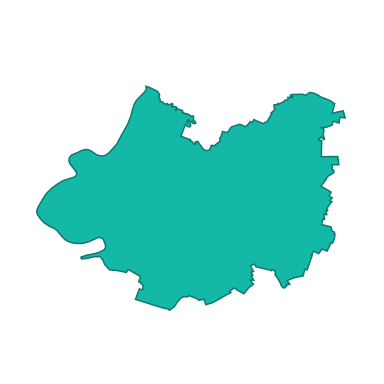 the district of Bac Ninh, Bắc Ninh, Vietnam, rotated 281°
{"feature_id": "81297802B63234506717185", "entity_name": "Bac Ninh", "entity_type": "district", "adm_level": 2, "iso_a3": "VNM", "parent_name": "Vietnam", "parent_adm1": "Bắc Ninh", "projection": "equal_earth", "projection_center": [106.088, 21.175], "detail": "fine", "context": "isolated", "style": "filled", "palette": "teal", "viewbox_px": 384, "rotation_deg": 281, "n_neighbors": 0, "source": "geoboundaries", "source_scale": "gbopen_adm2", "svg_char_len": 6013}
<svg xmlns="http://www.w3.org/2000/svg" viewBox="0 0 384 384"><g transform="rotate(281 192 192)"><path d="M286.9,126.6L284.7,127.6L281.6,126.6L271.4,120.0L267.2,118.6L260.9,117.8L254.9,117.5L246.8,116.0L243.3,114.9L233.3,111.6L225.0,109.2L220.3,106.5L214.9,103.2L211.6,100.1L210.6,98.4L210.1,96.1L210.0,95.4L210.3,91.2L211.3,89.1L213.0,85.2L213.7,82.2L213.5,79.7L211.9,76.1L208.7,71.8L205.2,66.6L202.1,65.0L199.4,65.1L196.5,66.7L192.0,71.8L189.6,74.4L187.7,75.5L186.3,75.2L184.6,74.2L182.3,70.2L178.8,63.7L174.1,58.3L169.0,53.7L162.7,49.3L157.3,47.1L149.6,44.4L145.5,43.3L142.4,43.4L139.7,45.2L136.8,48.3L133.7,52.5L131.1,58.7L129.9,63.9L128.3,67.1L125.9,69.9L123.3,73.1L121.1,76.3L119.9,79.8L119.4,82.8L119.3,87.0L119.9,91.0L120.7,94.6L124.0,101.0L128.8,107.6L129.8,109.9L129.7,112.0L128.6,113.9L126.3,115.4L122.7,117.5L120.5,117.6L118.7,116.8L117.1,115.2L115.0,112.2L112.8,107.9L109.8,100.5L106.9,95.4L105.2,96.3L106.9,101.8L107.6,103.6L109.7,108.0L110.1,109.7L110.3,111.4L111.3,113.9L108.1,117.6L107.0,118.3L104.1,120.2L101.7,123.4L99.9,126.0L100.7,134.4L100.5,142.9L103.8,144.1L99.2,157.6L93.7,156.8L93.3,159.3L92.2,159.3L91.8,161.3L89.0,162.2L86.5,161.9L86.8,158.8L75.8,157.0L73.4,178.4L72.5,187.3L72.5,187.9L72.7,189.0L72.7,189.8L71.7,192.5L71.9,192.7L73.8,194.4L75.9,196.5L78.5,197.6L80.5,198.3L84.1,200.3L86.1,201.7L87.1,203.0L87.8,204.5L88.2,207.3L88.5,208.1L89.7,208.7L88.4,216.1L87.9,218.1L87.0,219.3L89.0,224.1L84.0,227.2L85.7,230.3L86.4,231.4L86.5,232.0L87.0,232.8L87.7,233.8L94.5,242.0L94.7,241.9L95.0,242.1L95.8,243.3L100.7,249.3L101.7,247.9L102.7,248.8L104.3,250.2L104.6,250.4L104.8,250.5L106.0,252.3L104.6,254.3L102.0,262.4L109.2,266.1L112.5,269.4L113.1,269.9L115.2,267.3L116.6,266.0L116.6,266.5L117.2,269.4L120.9,266.3L121.7,267.6L123.6,266.1L124.4,265.2L125.8,267.6L130.7,263.3L133.2,267.3L130.7,269.1L130.8,269.5L130.2,284.1L129.9,284.9L131.0,286.0L131.2,286.3L131.2,287.0L131.0,287.6L130.3,288.3L129.7,288.4L129.2,289.2L128.4,289.4L127.6,289.4L126.5,289.6L126.0,289.6L125.7,290.5L124.5,291.7L119.2,296.4L119.0,296.5L116.8,297.7L115.3,299.8L115.7,301.3L118.1,303.0L118.9,302.4L119.5,303.3L120.0,305.6L123.3,302.3L127.4,308.8L130.8,316.8L130.9,317.1L137.7,317.5L137.5,319.9L144.7,320.9L153.0,322.1L153.1,321.4L157.1,322.7L155.6,328.1L160.8,330.5L159.8,335.9L168.8,338.3L168.7,339.8L173.4,340.7L178.0,340.3L178.0,339.8L179.8,339.5L179.8,339.0L180.2,338.0L181.0,336.5L181.7,336.2L183.0,335.8L183.9,335.4L184.0,335.2L184.3,335.1L184.7,325.6L185.0,325.5L190.4,325.6L190.3,326.3L190.4,327.4L195.3,325.5L195.3,328.4L195.7,328.7L197.3,327.7L197.5,327.6L199.3,327.7L199.4,328.6L200.1,328.7L200.5,327.2L205.7,329.2L209.2,331.2L209.8,328.9L213.0,330.7L214.2,327.5L214.7,327.4L218.4,328.6L222.3,317.5L230.1,321.3L231.5,321.6L232.2,321.7L233.4,322.7L234.1,322.8L234.6,323.8L235.1,324.4L238.1,327.5L238.4,327.6L240.4,327.0L240.2,325.7L240.5,325.4L243.7,324.9L245.5,324.3L246.8,330.9L254.6,328.3L254.4,327.8L254.1,325.6L251.7,314.1L251.3,312.0L252.1,312.1L252.7,312.0L258.8,310.9L267.0,309.6L267.2,306.6L268.5,306.0L268.7,307.2L269.0,307.5L270.1,307.5L270.4,307.7L270.8,308.4L268.6,311.2L268.6,311.6L269.2,312.0L272.2,310.3L272.7,310.1L273.2,310.1L274.2,309.9L275.2,309.7L276.3,309.9L277.2,309.8L278.7,309.3L279.4,309.0L279.9,308.9L279.5,307.1L279.5,306.8L279.5,306.6L279.8,306.4L280.0,306.5L281.1,311.3L281.9,312.7L284.4,316.8L286.2,316.9L287.8,316.9L288.1,316.9L288.2,317.0L288.3,318.6L288.1,320.1L287.8,320.8L287.8,321.3L287.8,323.1L293.6,322.9L293.7,323.8L293.8,327.6L294.0,328.2L300.5,324.9L298.3,319.6L295.9,314.7L296.2,314.6L306.1,315.2L306.3,314.0L306.3,313.7L306.5,313.5L307.3,312.1L307.7,310.9L307.7,310.7L308.2,309.5L308.4,308.7L310.0,299.5L310.3,299.2L310.5,298.7L311.0,298.0L312.1,293.5L312.2,293.0L312.3,289.8L312.2,289.5L312.2,288.6L311.4,287.8L308.7,285.1L309.0,281.5L308.5,279.1L307.7,276.1L307.3,273.2L306.9,272.0L306.4,271.9L306.4,270.7L306.0,270.2L305.3,270.2L304.8,270.4L304.7,270.7L304.8,272.6L303.9,272.6L303.7,270.2L303.0,267.9L302.2,268.6L301.3,268.7L300.2,267.0L300.0,266.0L299.7,265.9L297.0,263.5L295.3,260.9L295.4,259.6L294.9,259.7L294.7,259.3L294.3,259.6L293.1,255.8L291.8,256.2L288.4,257.5L284.8,254.6L284.6,255.4L275.5,252.3L274.1,250.3L273.3,249.3L272.7,248.7L272.8,248.0L273.1,246.7L273.8,243.7L273.9,242.9L274.9,238.9L271.8,238.0L272.3,235.7L270.4,234.9L268.8,234.0L268.3,233.6L266.9,232.5L266.2,231.7L267.0,229.1L267.5,226.8L267.4,225.4L263.4,218.4L262.1,217.6L257.1,215.5L257.2,210.3L253.5,210.2L249.8,209.0L248.2,209.6L247.6,209.8L247.3,210.2L245.7,208.5L243.6,206.6L242.6,205.8L242.3,205.7L241.6,205.4L241.7,204.6L241.7,204.1L241.6,203.2L241.5,202.4L241.2,201.8L240.6,202.0L240.0,202.0L238.1,201.6L236.6,200.9L235.8,199.6L235.5,197.7L235.5,196.7L236.0,195.2L238.1,192.9L239.1,191.8L241.3,189.4L242.8,188.1L241.7,185.6L240.0,186.6L239.5,185.1L242.0,181.6L241.6,180.4L243.2,180.3L243.1,179.4L243.2,178.8L243.5,177.9L243.8,175.0L244.2,173.4L244.6,170.4L245.7,170.7L257.2,172.6L255.5,175.2L255.3,176.9L256.3,178.0L258.1,177.8L259.1,177.1L259.5,174.7L259.8,173.6L262.0,174.0L261.9,175.6L261.0,175.5L260.9,178.5L260.3,178.5L259.5,180.0L259.6,181.6L260.2,182.5L261.3,182.0L261.7,181.6L262.0,181.0L262.6,179.5L264.0,179.6L266.3,179.2L266.7,178.8L266.9,178.3L266.1,176.6L266.1,176.4L266.3,176.1L266.7,175.9L266.8,175.5L266.8,175.1L267.0,174.9L267.3,174.6L267.4,174.3L267.1,173.5L267.8,172.8L267.8,172.6L267.8,172.4L267.4,171.2L267.7,171.2L267.7,170.5L267.9,170.4L267.9,169.7L267.6,169.7L267.6,168.4L268.3,168.2L268.5,167.3L270.2,167.3L270.8,162.1L269.0,160.5L269.2,160.1L269.4,160.0L270.8,161.2L271.4,161.4L272.8,159.8L272.0,157.2L271.8,155.9L272.4,155.7L272.9,156.6L273.5,156.7L274.7,156.1L274.1,155.5L274.9,155.3L272.7,151.9L274.1,151.1L273.2,149.0L273.2,148.8L273.2,148.7L274.6,146.3L274.9,143.4L276.2,143.3L276.5,143.0L277.8,142.4L278.5,141.7L278.6,141.4L278.8,141.3L279.5,141.5L279.9,141.3L280.3,141.2L280.6,141.2L280.8,141.3L281.0,141.4L281.2,141.7L283.6,139.7L284.3,138.4L285.3,134.9L286.7,129.3L286.9,126.6Z" fill="#14b8a6" stroke="#0f766e" stroke-width="1.5"/></g></svg>